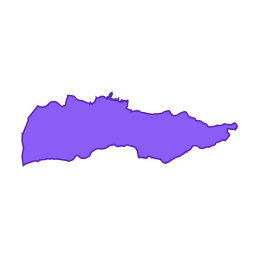 Danciulesti, Gorj, Romania, rotated 83°
{"feature_id": "2599482B88989600544516", "entity_name": "Danciulesti", "entity_type": "district", "adm_level": 2, "iso_a3": "ROU", "parent_name": "Romania", "parent_adm1": "Gorj", "projection": "albers", "projection_center": [23.758, 44.793], "detail": "fine", "context": "isolated", "style": "filled", "palette": "violet", "viewbox_px": 256, "rotation_deg": 83, "n_neighbors": 0, "source": "geoboundaries", "source_scale": "gbopen_adm2", "svg_char_len": 5787}
<svg xmlns="http://www.w3.org/2000/svg" viewBox="0 0 256 256"><g transform="rotate(83 128 128)"><path d="M151.1,198.2L151.3,198.2L151.6,196.4L152.2,194.9L152.2,194.0L152.5,193.2L152.8,192.6L153.6,191.7L153.7,190.3L153.3,189.2L153.2,187.8L152.2,185.8L151.2,184.8L149.9,183.8L148.8,182.3L148.8,182.0L148.9,181.7L149.1,181.6L150.0,180.2L150.8,179.9L151.0,179.5L151.7,178.8L152.0,177.9L152.4,177.3L152.8,174.2L151.2,169.8L150.9,169.5L149.6,168.6L148.2,167.9L147.1,166.6L145.9,164.3L145.0,161.9L145.0,161.3L144.8,160.1L144.8,159.4L145.4,158.2L145.6,156.5L145.5,154.7L145.5,153.0L144.1,150.2L144.1,149.6L143.4,149.0L142.8,147.6L143.2,146.1L142.7,143.6L142.8,143.3L143.9,142.6L144.4,142.1L145.1,140.8L145.2,140.5L144.9,139.2L145.2,138.5L144.7,136.4L145.5,135.0L145.7,134.4L145.3,133.4L145.2,132.7L144.7,131.8L144.6,130.9L146.4,127.2L146.5,126.4L146.6,125.8L147.3,124.9L148.2,122.6L149.6,122.6L150.6,122.0L152.2,121.4L154.0,121.5L157.0,120.9L157.1,121.2L158.3,121.1L158.9,120.6L158.9,120.4L158.6,120.1L158.4,119.4L158.9,118.4L159.0,117.2L158.9,116.6L159.4,116.6L159.5,116.1L159.8,115.5L160.2,114.1L160.1,112.9L159.6,112.6L158.7,112.2L158.6,111.7L159.0,110.6L159.2,109.3L159.4,108.9L160.2,108.4L160.5,108.1L160.5,106.7L160.8,106.4L161.1,105.3L161.6,104.7L161.8,104.1L161.7,103.4L162.1,102.5L162.1,102.0L162.2,101.6L162.7,101.0L162.7,100.2L162.8,99.6L163.1,99.3L163.7,99.3L164.1,98.8L165.8,97.8L167.0,96.6L167.5,95.4L167.4,95.2L166.9,95.0L167.4,94.2L167.2,93.8L166.8,93.4L166.9,92.8L166.6,91.8L165.6,90.3L165.0,88.5L164.3,87.3L164.2,86.3L163.5,85.7L163.3,84.4L162.7,83.1L162.5,82.3L162.6,81.3L162.0,80.4L162.0,79.1L160.7,77.4L160.6,76.3L160.1,75.5L159.7,75.2L159.3,74.0L159.1,74.0L159.1,74.4L158.7,74.0L158.9,73.8L158.5,72.9L158.8,72.3L158.2,72.3L158.2,72.0L158.1,71.9L157.9,71.0L157.5,70.0L157.4,69.4L157.0,68.9L156.5,68.7L156.3,68.2L155.6,67.5L153.9,66.2L153.6,65.7L153.7,63.6L154.2,61.5L155.4,60.1L156.6,59.2L157.1,58.0L157.3,56.9L157.0,54.2L156.3,52.1L156.6,51.2L156.7,50.2L156.9,49.8L156.7,49.1L156.3,48.5L156.2,47.9L155.7,46.8L155.7,45.1L154.8,43.4L153.9,43.0L153.3,42.2L152.4,37.9L151.4,36.4L151.6,35.0L152.1,34.1L152.1,33.1L151.5,32.1L150.8,31.2L148.6,29.2L148.2,28.7L147.0,28.1L146.6,28.1L145.1,29.0L144.3,30.1L140.8,29.1L141.3,27.3L141.6,26.7L142.2,23.0L142.8,21.8L142.0,21.4L141.7,21.0L141.4,20.6L141.5,20.2L139.3,19.4L137.0,20.5L136.0,21.3L136.5,23.2L137.0,24.1L137.3,25.9L136.8,27.6L136.7,29.4L135.7,31.3L135.6,31.7L135.8,32.4L136.5,33.8L136.7,34.5L136.8,36.7L136.4,37.9L136.2,39.1L136.9,41.7L136.9,44.4L136.9,45.8L137.0,46.8L136.8,47.4L136.1,48.5L134.8,49.2L134.0,49.5L133.7,50.0L133.6,50.4L133.2,51.1L132.4,52.1L131.8,53.5L130.2,54.9L129.5,56.2L129.4,57.7L129.1,59.7L128.3,60.0L127.4,60.0L126.4,60.9L126.2,61.2L125.8,62.7L124.6,65.2L123.6,66.4L121.6,67.5L120.9,67.6L120.3,68.1L119.5,68.5L118.8,69.4L118.9,71.4L119.2,72.0L119.3,73.4L119.6,74.0L120.2,75.4L120.8,76.5L121.1,77.4L121.4,78.7L121.4,80.3L121.6,81.0L119.8,83.2L118.3,84.0L116.9,84.4L116.1,84.9L115.8,85.8L116.2,89.1L116.6,90.5L117.6,92.5L117.6,93.1L117.4,93.6L117.6,94.4L117.7,97.1L117.3,99.1L117.5,101.3L116.9,104.4L115.9,107.7L115.2,109.2L114.7,110.7L114.5,112.3L114.2,112.9L112.6,114.7L112.1,115.8L112.2,116.3L111.9,117.6L112.0,118.6L112.0,122.9L111.2,122.6L110.7,122.6L110.5,122.9L110.0,124.5L108.8,126.7L108.4,127.1L107.9,127.4L107.3,127.0L106.6,126.1L106.3,126.0L105.7,125.6L104.7,125.8L101.8,124.9L100.7,124.8L100.5,125.3L101.1,125.8L101.3,126.2L101.3,127.3L100.7,127.2L100.8,127.5L100.4,128.0L100.4,128.3L100.5,128.8L100.5,129.0L100.4,129.2L100.9,129.3L101.0,129.4L100.7,129.6L100.9,129.8L101.2,129.7L101.6,130.0L101.5,130.3L101.3,130.5L99.9,130.6L100.0,130.8L99.8,131.0L100.2,131.1L100.1,131.6L100.4,131.8L100.5,132.0L101.5,132.3L100.2,134.2L97.2,133.8L97.3,134.0L99.0,134.5L98.8,134.6L99.7,135.1L99.2,136.8L97.7,136.2L97.6,136.3L97.5,136.6L98.7,137.2L98.5,137.5L97.9,137.4L97.8,137.7L98.6,138.0L98.6,138.4L98.3,138.3L98.2,138.4L98.5,139.3L98.1,139.9L97.8,140.0L97.9,140.3L97.6,140.6L97.0,140.3L96.9,140.7L97.4,141.0L97.2,141.3L97.8,141.6L97.1,142.3L96.1,141.7L94.9,141.5L94.5,140.7L93.4,140.8L93.2,140.0L93.1,139.8L92.0,139.5L91.8,139.7L91.8,140.0L91.1,139.9L91.3,140.1L91.1,140.5L91.6,141.1L91.8,141.6L92.2,141.9L93.4,142.5L96.8,144.5L96.7,144.9L95.0,143.9L94.6,144.3L96.2,145.3L94.0,147.9L94.0,148.2L93.7,148.4L93.7,149.8L93.3,150.6L93.6,150.9L93.5,151.2L93.8,151.4L93.8,152.1L94.3,153.0L94.4,153.4L94.8,153.9L94.8,154.2L94.5,155.1L93.8,155.7L94.5,155.7L95.0,156.2L96.1,156.9L96.8,157.1L98.6,158.4L98.8,158.7L99.0,159.1L98.8,159.3L99.0,159.5L99.3,160.5L99.9,160.9L99.9,161.0L99.2,161.4L98.7,162.0L98.1,162.2L99.3,163.1L98.7,163.3L98.5,163.6L98.3,165.2L98.1,165.6L97.8,165.8L96.8,167.9L95.9,169.0L95.7,169.7L95.2,170.2L95.2,171.0L95.1,172.0L94.4,173.5L94.3,174.1L93.3,175.0L93.0,175.5L92.4,176.2L91.6,176.5L90.0,177.7L89.2,179.9L88.7,181.8L88.6,182.5L88.7,182.8L88.7,183.3L88.5,183.8L89.2,183.5L89.6,184.0L90.5,184.6L91.7,184.9L92.1,185.3L92.8,185.5L94.2,186.2L97.7,187.3L98.2,188.1L98.3,188.6L98.2,189.4L98.7,190.5L98.7,190.8L98.2,191.6L96.7,193.1L96.2,193.4L94.5,194.9L93.5,196.2L92.9,197.5L92.7,198.8L92.7,200.7L92.9,201.4L94.4,203.8L94.7,204.2L95.5,204.3L95.6,204.7L95.5,205.0L95.8,206.0L96.8,207.1L96.7,209.4L96.8,210.3L96.5,212.3L96.2,213.0L95.3,214.3L95.1,214.9L98.6,218.3L106.0,225.9L108.1,226.1L109.8,226.8L118.8,231.9L120.8,232.5L120.4,233.5L127.3,234.6L129.0,234.7L132.2,234.3L135.7,234.3L139.5,235.4L142.5,236.5L145.9,236.6L152.5,236.5L151.4,234.6L151.1,233.7L149.6,226.9L149.4,225.2L149.2,224.2L149.9,222.5L150.3,222.1L149.8,220.7L149.2,219.7L148.9,215.9L149.0,215.6L149.2,214.5L148.9,213.8L148.9,212.6L148.8,212.1L149.3,208.8L149.2,207.6L149.5,207.2L149.4,206.5L149.7,206.0L150.2,202.2L150.2,201.4L150.6,200.7L150.7,198.9L151.1,198.2Z" fill="#8b5cf6" stroke="#5b21b6" stroke-width="1.5"/></g></svg>